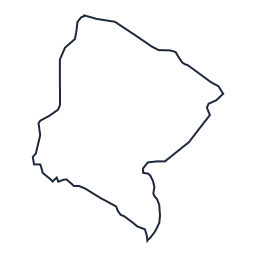 the district of As Silw, Ta`izz, Yemen
{"feature_id": "15242507B98641384705731", "entity_name": "As Silw", "entity_type": "district", "adm_level": 2, "iso_a3": "YEM", "parent_name": "Yemen", "parent_adm1": "Ta`izz", "projection": "natural_earth1", "projection_center": [44.208, 13.346], "detail": "fine", "context": "isolated", "style": "outline", "palette": "slate", "viewbox_px": 256, "rotation_deg": 0, "n_neighbors": 0, "source": "geoboundaries", "source_scale": "gbopen_adm2", "svg_char_len": 2161}
<svg xmlns="http://www.w3.org/2000/svg" viewBox="0 0 256 256"><path d="M147.4,240.6L148.4,239.1L149.6,238.6L154.8,231.8L156.5,228.7L159.3,222.7L160.0,215.5L159.7,211.7L159.5,209.1L159.2,204.6L157.1,199.3L154.3,196.0L153.3,193.5L154.4,187.1L153.0,181.1L150.3,175.6L148.3,173.7L143.1,172.8L143.1,168.5L143.1,168.3L143.8,167.4L147.8,162.4L149.2,162.2L150.6,162.1L156.8,161.4L158.7,161.4L160.4,161.4L165.0,161.4L167.7,159.1L168.1,158.8L168.7,158.4L168.9,158.2L181.1,148.4L183.0,146.8L183.4,146.5L183.9,146.2L184.0,146.1L189.0,142.1L189.2,141.9L191.1,139.3L194.6,134.8L195.2,134.0L195.4,133.7L196.5,132.4L199.8,128.0L202.9,124.1L203.9,122.7L205.8,120.4L206.3,119.7L209.9,115.0L208.6,112.0L206.9,107.6L208.2,104.7L208.6,103.7L215.1,100.8L216.3,100.2L216.6,100.0L222.9,94.0L223.2,93.8L221.7,91.5L218.4,86.2L217.7,85.8L217.3,85.6L216.7,85.3L215.0,84.4L211.4,82.4L211.1,82.3L211.0,82.2L207.8,79.9L207.6,79.7L206.8,79.1L204.3,77.3L197.4,72.2L187.9,65.3L187.3,64.8L186.5,64.8L186.0,64.8L182.5,62.7L178.9,57.6L175.9,52.6L175.6,52.0L175.1,51.8L170.0,50.4L163.0,50.2L158.7,50.1L151.5,46.4L145.6,42.3L134.7,34.9L129.4,31.4L129.2,31.3L128.3,30.6L127.6,30.2L123.3,27.3L122.9,27.0L121.8,26.4L116.8,23.0L115.0,21.8L113.9,21.6L110.4,21.1L102.0,19.7L101.7,19.7L96.2,18.8L94.6,18.3L84.2,15.4L84.0,16.3L81.3,17.2L77.4,22.0L77.3,23.6L76.4,31.1L75.1,38.2L75.0,38.8L74.9,39.1L74.7,39.2L65.8,47.0L65.0,47.7L62.2,54.2L59.9,59.5L59.9,70.1L59.9,77.3L59.9,86.0L60.0,91.2L60.0,99.7L60.0,105.0L59.6,106.0L58.4,108.8L58.1,109.5L57.9,109.8L52.8,113.4L51.3,114.4L49.5,115.7L44.9,118.2L40.2,120.7L38.5,123.3L38.7,124.3L40.2,135.2L35.9,153.3L34.8,154.7L34.2,155.4L32.8,157.1L33.3,160.0L34.0,164.4L39.2,164.4L40.3,164.5L41.3,167.6L42.7,172.9L50.8,179.5L52.6,181.5L56.7,177.6L58.3,181.7L64.1,179.5L64.8,179.5L66.6,179.5L71.7,183.9L71.8,184.0L72.7,184.9L74.0,186.0L79.0,186.0L82.9,187.6L85.1,188.5L85.3,188.7L85.7,188.9L93.3,193.6L100.0,197.7L100.9,198.3L104.4,200.1L113.1,204.8L116.0,206.4L116.7,208.0L117.1,209.1L117.5,209.9L118.0,211.2L120.8,214.9L124.1,216.2L133.0,222.8L137.1,226.3L145.0,229.4L146.5,234.6L146.7,235.2L147.0,237.4L147.4,240.6Z" fill="none" stroke="#1e293b" stroke-width="2"/></svg>